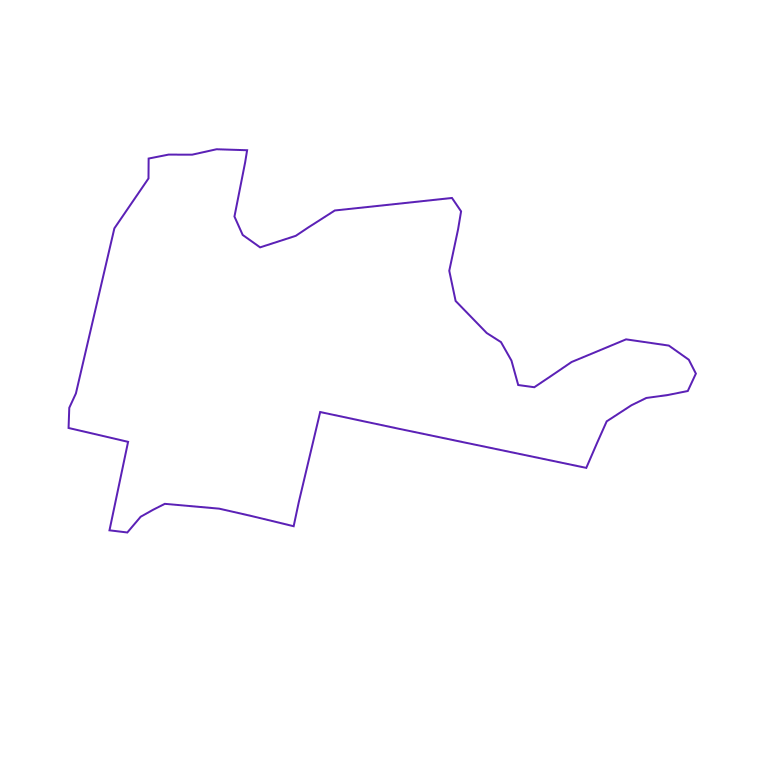 outline of Santa Tereza, Rio Grande do Sul, Brazil, rotated 102°
{"feature_id": "56859067B96458106097451", "entity_name": "Santa Tereza", "entity_type": "district", "adm_level": 2, "iso_a3": "BRA", "parent_name": "Brazil", "parent_adm1": "Rio Grande do Sul", "projection": "albers", "projection_center": [-51.714, -29.146], "detail": "fine", "context": "isolated", "style": "outline", "palette": "violet", "viewbox_px": 768, "rotation_deg": 102, "n_neighbors": 0, "source": "geoboundaries", "source_scale": "gbopen_adm2", "svg_char_len": 799}
<svg xmlns="http://www.w3.org/2000/svg" viewBox="0 0 768 768"><g transform="rotate(102 384 384)"><path d="M546.8,573.5L540.2,519.3L540.7,485.9L541.9,442.8L517.5,442.8L424.7,440.6L424.7,359.2L424.0,168.7L397.2,163.3L374.2,158.4L353.3,137.5L343.1,124.5L335.8,104.2L327.7,85.4L309.0,81.1L296.9,90.9L287.2,113.4L290.0,156.5L323.5,205.1L339.6,220.5L355.9,236.3L357.1,252.5L334.6,264.2L318.7,278.3L312.8,294.1L287.9,331.2L259.7,343.7L217.3,343.7L199.1,344.5L187.9,356.2L224.5,468.2L246.5,490.5L257.4,501.1L276.1,533.6L267.6,553.2L251.3,565.1L196.1,565.9L183.8,566.5L189.2,596.6L199.6,619.4L204.4,642.4L212.4,661.1L231.9,657.1L287.8,680.1L457.3,683.4L472.7,686.9L492.6,683.4L493.8,622.3L584.2,622.1L582.6,604.2L564.4,594.4L555.1,583.8L546.8,573.5Z" fill="none" stroke="#5b21b6" stroke-width="2"/></g></svg>